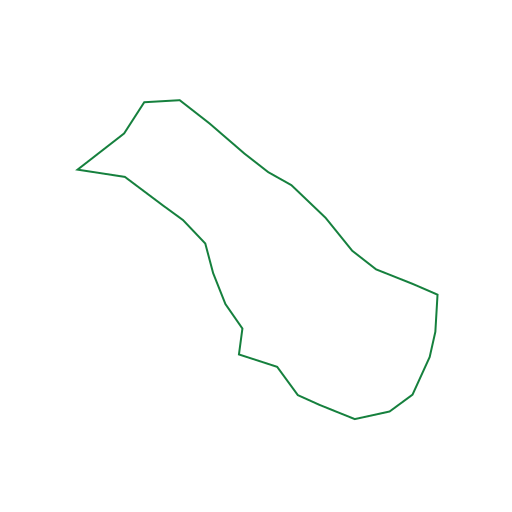 the district of Agios Georgios Keryneias, Cyprus, rotated 18°
{"feature_id": "46923920B51635093907886", "entity_name": "Agios Georgios Keryneias", "entity_type": "district", "adm_level": 2, "iso_a3": "CYP", "parent_name": "Cyprus", "parent_adm1": "", "projection": "equal_earth", "projection_center": [33.268, 35.344], "detail": "fine", "context": "isolated", "style": "outline", "palette": "green", "viewbox_px": 512, "rotation_deg": 18, "n_neighbors": 0, "source": "geoboundaries", "source_scale": "gbopen_adm2", "svg_char_len": 523}
<svg xmlns="http://www.w3.org/2000/svg" viewBox="0 0 512 512"><g transform="rotate(18 256 256)"><path d="M270.2,354.9L310.4,354.9L338.8,375.4L362.5,378.0L400.3,380.6L431.1,362.6L447.7,339.5L452.4,298.4L450.0,272.7L440.6,236.7L414.5,234.2L374.3,231.6L345.9,221.3L310.4,198.2L267.8,177.7L241.8,172.5L213.4,162.2L170.8,144.3L135.3,131.4L102.2,144.3L92.7,180.2L59.6,229.0L106.9,221.3L151.9,236.7L175.5,244.4L203.9,259.8L220.5,285.5L241.8,311.2L265.5,329.2L270.2,354.9Z" fill="none" stroke="#15803d" stroke-width="2"/></g></svg>